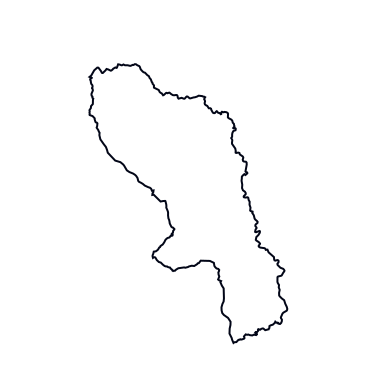 the district of Nátaga, Huila, Colombia, rotated 133°
{"feature_id": "7082276B27593936754080", "entity_name": "Nátaga", "entity_type": "district", "adm_level": 2, "iso_a3": "COL", "parent_name": "Colombia", "parent_adm1": "Huila", "projection": "mercator", "projection_center": [-75.793, 2.578], "detail": "fine", "context": "isolated", "style": "outline", "palette": "ink", "viewbox_px": 384, "rotation_deg": 133, "n_neighbors": 0, "source": "geoboundaries", "source_scale": "gbopen_adm2", "svg_char_len": 6056}
<svg xmlns="http://www.w3.org/2000/svg" viewBox="0 0 384 384"><g transform="rotate(133 192 192)"><path d="M228.5,37.6L226.9,37.5L225.2,38.2L224.0,39.2L223.6,40.8L223.1,41.5L219.2,42.9L217.9,42.9L214.3,41.8L213.4,42.0L212.5,42.6L211.4,44.3L210.1,47.6L208.3,50.8L208.6,53.7L208.5,56.7L208.2,57.7L206.3,59.6L203.8,61.1L202.6,63.5L200.7,64.9L200.0,67.3L199.5,68.2L196.1,71.3L195.6,71.5L195.1,71.4L192.5,69.7L191.8,69.5L189.0,70.2L187.1,70.4L186.4,70.8L186.1,71.7L186.0,72.9L187.1,75.7L187.0,79.5L186.4,80.5L184.2,80.9L183.3,81.8L183.2,82.4L183.6,83.2L185.3,84.2L185.7,85.0L185.3,85.9L183.7,87.7L183.9,94.8L182.7,97.5L184.0,98.6L183.5,99.6L183.6,100.6L186.1,104.2L186.4,105.6L186.3,106.1L185.7,106.6L183.8,106.8L183.3,107.1L183.1,109.0L183.6,111.8L183.5,112.7L181.1,114.2L178.1,114.1L175.7,114.6L174.8,115.1L174.4,115.6L174.6,116.2L177.6,117.6L178.0,118.1L178.1,118.7L176.1,119.9L174.3,120.2L174.0,120.6L173.7,122.4L173.0,123.1L172.0,123.3L170.1,123.0L169.1,123.6L168.9,124.7L169.0,126.7L168.8,128.0L166.9,130.9L166.2,133.7L165.2,134.0L165.0,134.3L165.9,136.1L165.9,136.8L163.5,138.6L162.1,141.2L159.8,143.2L159.2,145.1L157.9,146.9L157.9,147.7L159.7,149.2L160.4,150.4L160.3,150.9L159.9,151.2L159.5,151.3L157.1,151.2L156.2,151.9L155.7,153.4L156.0,155.9L155.0,158.1L152.4,160.2L150.0,163.4L148.1,164.8L146.9,165.9L145.9,166.1L143.6,166.0L143.0,165.7L143.2,164.6L141.9,164.3L140.4,164.4L140.1,165.1L140.6,166.2L140.5,166.9L134.6,170.7L133.2,172.2L133.1,173.2L134.3,174.8L134.5,175.7L133.8,176.9L131.9,177.9L131.6,178.4L131.4,179.2L131.9,182.6L131.1,184.0L131.6,185.0L133.3,186.3L133.5,186.8L133.1,187.4L132.3,187.8L130.7,190.0L129.5,195.5L128.9,196.2L126.7,197.8L126.3,198.4L125.8,200.1L124.3,200.3L122.4,202.0L121.1,202.8L119.4,203.3L118.4,203.0L117.2,202.3L116.0,203.0L115.8,203.5L115.9,204.3L117.1,205.1L117.1,205.5L114.9,205.8L114.3,207.0L113.6,207.8L113.5,209.5L112.4,211.1L112.2,212.5L113.0,215.5L113.0,216.3L112.9,216.7L110.2,219.0L109.9,219.7L110.1,221.1L111.2,222.8L112.1,223.2L112.9,224.8L113.7,224.8L115.0,223.8L115.5,224.0L115.4,225.6L116.2,226.8L116.0,229.0L116.8,229.2L118.5,229.1L119.3,229.6L119.7,230.5L119.6,231.3L118.8,233.8L118.1,234.9L118.3,235.8L119.3,236.8L118.6,239.6L119.0,240.7L119.1,242.3L118.4,243.4L116.9,244.2L116.2,245.2L115.9,246.3L115.2,246.7L113.7,247.0L113.9,247.9L114.7,249.1L114.9,249.9L117.0,252.8L118.8,253.4L120.8,254.5L121.7,255.3L124.6,257.0L125.1,257.7L125.2,260.2L125.6,260.9L126.5,261.1L128.4,261.0L129.0,261.2L129.4,261.7L130.2,263.8L132.9,265.5L132.7,266.7L131.6,268.1L131.4,269.0L131.8,269.7L133.5,271.1L134.2,272.1L134.6,274.0L134.7,276.2L135.3,276.7L136.4,277.2L136.8,278.2L137.2,278.5L140.4,278.8L141.0,279.1L140.5,281.3L140.9,282.7L140.9,283.9L140.1,285.9L141.6,290.9L141.2,291.5L140.1,292.3L139.9,292.8L139.7,294.7L139.0,295.6L139.0,296.4L137.7,298.9L137.5,300.8L136.7,302.5L137.0,304.4L136.8,307.7L137.5,309.2L137.5,310.8L137.3,313.1L136.0,315.7L135.9,316.4L136.6,318.4L136.8,320.1L137.5,321.0L139.0,321.4L139.5,322.1L141.1,322.7L141.9,323.2L143.2,325.5L145.0,327.4L145.5,329.1L147.0,329.6L147.5,330.1L148.1,331.7L149.0,333.1L152.3,331.7L152.8,331.9L153.2,333.0L155.6,333.7L156.6,333.6L158.1,333.8L158.7,334.2L159.5,336.8L160.3,338.4L162.1,338.2L165.8,338.4L166.2,338.8L166.3,339.3L165.6,341.2L164.9,345.2L165.6,346.1L169.7,346.5L175.6,345.1L177.7,345.4L176.9,343.2L177.3,343.0L178.5,343.5L179.0,343.4L179.5,342.7L179.8,341.7L180.4,341.2L181.6,339.5L181.8,337.9L182.3,337.0L183.1,336.3L184.1,336.1L184.3,335.9L184.4,335.0L185.4,333.7L188.7,332.5L189.3,332.0L190.0,331.1L190.1,329.9L191.0,329.2L191.1,327.8L191.9,327.5L195.3,324.5L198.1,324.4L199.6,323.2L202.1,322.8L202.9,321.7L203.8,321.2L204.3,320.4L205.2,319.8L205.5,319.3L204.3,316.5L204.4,314.6L204.5,313.4L205.2,312.8L206.6,310.4L206.6,309.7L206.2,308.9L206.3,308.0L208.5,306.3L210.0,305.6L210.6,302.9L211.4,301.2L211.7,300.0L213.6,298.5L216.0,294.9L217.2,289.2L217.8,285.6L219.2,282.8L220.7,280.4L221.4,269.6L219.0,264.7L218.8,261.2L219.0,259.7L220.6,254.4L220.1,251.4L218.7,247.7L218.3,245.4L218.3,243.9L218.9,241.4L220.5,239.0L220.7,237.9L220.0,235.4L219.6,233.4L219.5,230.9L218.4,227.5L217.6,225.7L217.5,224.7L217.5,224.1L218.4,222.1L217.1,221.2L218.5,220.2L219.9,220.0L221.2,219.0L220.1,218.2L220.4,208.5L218.1,206.8L216.8,205.5L216.8,205.2L218.7,202.3L219.8,201.1L221.0,200.1L221.9,198.0L222.8,196.2L223.5,195.3L225.4,193.6L227.4,191.2L227.9,189.9L228.9,188.4L230.2,186.8L231.5,183.4L231.4,182.4L231.0,181.5L231.1,179.6L231.4,179.4L233.2,179.3L234.9,178.1L235.9,178.3L236.7,178.2L236.5,176.9L237.1,176.6L237.5,176.7L238.8,177.7L240.6,177.5L242.3,178.5L243.3,178.7L245.0,178.8L247.7,178.0L250.3,177.6L253.0,178.2L254.1,177.8L255.0,178.1L257.1,177.6L258.1,177.6L260.1,178.0L261.7,179.3L263.6,178.2L265.2,177.6L266.0,176.9L266.8,175.6L265.8,175.4L265.3,175.0L264.9,174.2L265.8,171.2L265.8,168.5L264.9,166.7L265.0,163.8L264.8,161.5L264.1,160.1L263.5,159.6L263.3,158.3L262.2,156.4L262.6,155.4L262.4,153.9L262.6,152.8L262.8,152.7L262.7,151.9L261.9,151.6L261.3,150.8L259.6,150.7L257.1,150.0L252.5,146.3L252.0,145.3L249.5,143.7L248.6,143.5L246.1,141.9L244.6,139.9L241.1,139.0L240.3,139.2L239.3,138.5L236.3,138.8L230.2,131.9L228.9,127.7L230.8,125.2L231.1,124.0L231.2,121.9L230.3,120.3L230.5,118.9L231.9,118.1L232.8,117.9L234.3,116.2L235.2,114.4L238.2,113.2L238.1,112.0L237.3,110.0L238.6,109.7L240.1,106.3L240.9,103.1L248.0,96.1L250.5,94.2L253.1,93.4L256.2,91.8L258.4,89.6L259.9,87.3L260.2,84.8L259.5,79.7L260.6,75.3L263.0,73.2L266.2,71.3L270.0,68.0L271.7,63.4L272.6,62.1L274.1,58.7L272.9,58.5L271.5,57.2L268.5,57.2L267.9,56.8L267.5,56.3L266.8,56.3L266.1,55.1L263.8,53.9L263.0,54.0L262.2,55.5L259.5,55.6L258.9,54.3L257.9,53.7L257.2,52.0L255.8,50.1L254.1,49.4L252.9,47.5L251.8,47.4L251.6,47.6L251.8,49.8L250.9,49.9L250.1,48.9L249.1,48.9L248.4,49.0L247.8,49.8L247.2,50.0L246.9,49.8L246.5,48.5L246.2,48.2L244.8,48.0L243.4,47.1L243.2,46.6L243.1,44.2L240.3,42.4L240.2,42.6L238.6,42.7L237.3,43.9L236.0,43.6L233.9,42.4L231.3,42.2L230.1,42.6L230.2,41.5L229.5,40.9L229.7,40.0L228.9,39.6L229.1,38.4L228.5,37.6Z" fill="none" stroke="#020617" stroke-width="2"/></g></svg>